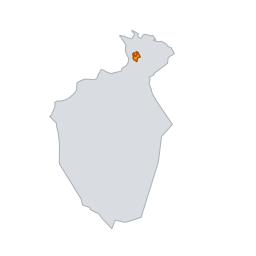 Loga, Dosso, Niger shown in context, rotated 146°
{"feature_id": "23599985B16490635358595", "entity_name": "Loga", "entity_type": "district", "adm_level": 2, "iso_a3": "NER", "parent_name": "Niger", "parent_adm1": "Dosso", "projection": "equal_earth", "projection_center": [3.398, 13.629], "detail": "fine", "context": "in_parent", "style": "filled", "palette": "amber", "viewbox_px": 256, "rotation_deg": 146, "n_neighbors": 0, "source": "geoboundaries", "source_scale": "gbopen_adm2", "svg_char_len": 3670}
<svg xmlns="http://www.w3.org/2000/svg" viewBox="0 0 256 256"><g transform="rotate(146 128 128)"><path d="M186.4,181.4L184.6,181.4L183.5,181.9L182.2,183.2L180.7,183.8L178.9,185.0L177.7,185.9L176.7,186.7L175.2,188.5L174.7,189.9L173.2,190.2L171.1,190.0L169.8,188.5L166.7,187.1L164.7,186.5L163.8,186.3L159.1,186.0L154.1,186.6L151.5,187.3L151.1,187.5L149.6,188.3L148.4,189.3L145.2,193.9L140.9,193.7L138.4,193.2L136.2,192.5L133.2,190.4L129.4,187.2L128.0,186.7L126.7,186.5L126.2,186.5L121.8,189.7L120.9,189.7L119.9,190.0L119.2,190.8L118.7,191.2L118.1,191.3L117.4,191.1L116.7,190.6L116.0,189.7L114.2,186.1L113.8,185.5L113.0,184.5L111.7,182.8L110.8,182.0L110.2,181.8L109.6,182.0L106.0,180.5L102.4,179.1L101.6,179.2L101.1,179.6L99.8,180.7L98.4,180.9L96.5,180.8L95.5,180.6L93.9,181.0L92.8,181.4L91.3,182.2L89.5,184.2L88.9,184.5L88.5,184.8L87.9,190.4L87.4,192.1L86.4,194.4L84.6,196.5L83.3,197.8L83.3,199.5L83.2,202.4L83.2,204.3L83.3,205.6L83.0,206.2L83.0,206.8L83.0,207.6L83.3,208.0L83.5,208.5L83.4,208.9L82.8,209.4L82.1,208.2L81.3,207.3L80.3,206.9L79.7,206.2L79.4,205.3L78.2,203.5L75.3,200.0L75.0,200.0L74.6,199.8L73.8,200.2L73.3,200.8L73.0,201.0L72.4,201.1L71.1,201.5L70.0,202.1L70.0,202.6L70.5,205.2L70.3,206.6L69.8,205.9L68.2,203.3L67.2,201.3L67.0,200.9L66.8,200.2L66.9,199.9L67.4,199.7L68.3,199.4L68.5,199.2L68.6,198.7L68.4,197.7L67.9,196.3L67.3,195.4L67.0,195.2L66.4,195.2L65.8,195.3L64.6,196.4L64.0,196.6L62.8,196.5L61.7,196.3L61.0,195.7L59.1,193.5L56.9,191.2L56.0,190.9L55.7,190.6L55.6,188.8L55.6,186.7L55.8,186.1L56.7,186.5L57.7,186.6L58.0,186.2L57.2,185.5L56.1,184.7L55.7,183.5L55.3,183.1L54.8,182.7L54.3,182.5L53.7,182.2L53.3,181.8L52.6,181.7L51.9,181.4L51.0,179.5L50.0,177.7L49.4,176.2L49.2,175.3L49.5,173.9L49.3,173.3L48.2,171.8L47.3,170.4L47.5,168.2L47.7,166.4L47.7,165.3L47.9,164.6L48.0,163.9L48.6,163.7L50.1,163.7L53.1,164.0L55.4,163.6L55.6,163.6L57.2,161.6L59.1,159.6L61.9,159.4L64.9,159.2L67.2,159.1L70.6,158.9L73.4,158.8L76.6,158.6L76.7,157.7L76.9,157.5L77.2,157.4L79.6,157.9L81.8,158.4L82.0,156.7L83.9,154.5L85.0,154.0L85.3,153.6L85.7,152.9L85.9,151.7L86.0,150.9L86.4,150.3L86.7,149.0L87.1,146.8L88.2,144.6L88.8,141.5L88.9,138.5L89.0,136.2L89.3,135.7L89.3,131.7L89.3,127.6L89.3,124.2L89.3,120.0L89.3,116.2L89.2,112.2L89.2,108.6L89.2,106.2L91.4,105.6L93.7,105.0L97.1,104.1L100.8,103.2L104.7,102.2L105.6,101.5L108.6,98.1L110.0,96.5L112.6,93.4L114.7,91.0L117.3,88.0L120.1,84.9L122.3,82.5L125.7,79.7L130.9,75.6L136.1,71.4L141.3,67.2L146.5,63.1L151.7,59.0L156.8,54.8L162.0,50.7L167.1,46.6L172.4,48.1L177.4,49.6L182.5,51.1L183.7,52.0L186.4,54.9L190.0,58.7L190.3,58.7L193.5,56.5L197.7,53.6L199.0,61.5L200.1,68.2L200.2,72.5L200.3,73.6L200.7,74.4L201.5,75.1L204.8,81.4L204.2,82.5L204.7,84.4L205.6,85.2L208.3,88.9L208.7,89.7L208.6,90.3L206.8,94.6L206.5,95.7L206.3,101.3L206.2,105.3L205.9,110.7L205.7,117.2L205.5,122.7L205.2,130.0L204.9,136.9L202.3,140.7L197.6,147.5L193.8,153.0L191.9,156.6L188.2,163.8L186.6,168.5L185.3,170.9L184.7,172.0L185.3,175.4L186.4,181.4Z" fill="#d9dde1" stroke="#a8b0b8" stroke-width="1"/><path d="M77.5,184.3L77.6,184.8L77.7,185.2L77.8,185.9L78.1,186.3L78.5,186.5L78.8,186.4L79.1,186.3L79.5,186.2L79.0,185.5L79.0,184.9L79.3,184.1L79.5,183.9L79.7,183.7L79.8,183.8L80.1,183.8L80.6,183.5L81.0,183.6L81.1,183.4L80.9,183.2L81.3,183.1L81.4,183.3L82.3,183.4L82.2,184.3L81.8,184.4L81.5,184.8L81.1,186.2L81.0,186.9L81.2,187.0L81.8,186.4L82.1,186.4L82.4,186.7L82.8,186.6L83.1,186.2L83.1,185.1L84.2,183.5L84.8,183.0L84.9,181.1L84.3,180.6L84.1,179.5L83.6,177.9L83.6,178.0L83.2,178.2L82.9,178.8L82.5,179.2L81.8,180.0L81.2,180.3L80.1,180.9L78.5,180.0L78.1,180.6L77.8,182.9L77.7,184.0L77.5,184.3Z" fill="#f59e0b" stroke="#b45309" stroke-width="1.5"/></g></svg>